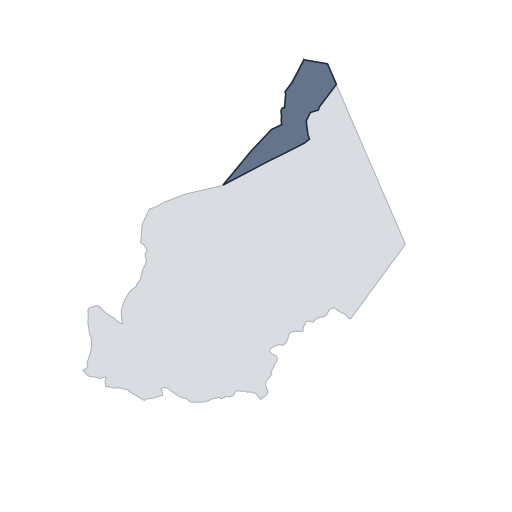 Tibesti Ouest, Tibesti, Chad shown in context, rotated 37°
{"feature_id": "50815135B44379234996248", "entity_name": "Tibesti Ouest", "entity_type": "district", "adm_level": 2, "iso_a3": "TCD", "parent_name": "Chad", "parent_adm1": "Tibesti", "projection": "robinson", "projection_center": [15.609, 20.194], "detail": "fine", "context": "in_parent", "style": "filled", "palette": "slate", "viewbox_px": 512, "rotation_deg": 37, "n_neighbors": 0, "source": "geoboundaries", "source_scale": "gbopen_adm2", "svg_char_len": 6574}
<svg xmlns="http://www.w3.org/2000/svg" viewBox="0 0 512 512"><g transform="rotate(37 256 256)"><path d="M368.2,156.6L368.4,167.6L368.5,178.6L368.6,189.5L368.8,200.5L368.9,211.5L369.0,222.5L369.2,233.5L369.3,244.5L369.4,248.1L369.1,249.6L369.0,249.8L368.6,250.0L363.4,249.0L361.2,249.0L358.1,249.8L353.5,250.2L350.5,250.0L348.4,251.9L346.8,254.2L347.7,259.7L347.5,261.5L346.9,263.3L345.5,265.0L344.1,266.2L343.3,267.4L342.3,269.8L341.5,271.0L341.6,272.5L341.4,274.2L340.5,275.0L338.4,275.6L337.0,276.4L335.9,277.6L335.2,278.4L335.6,279.5L336.1,281.1L336.4,283.5L336.7,285.0L337.7,286.1L338.4,287.0L338.6,288.0L338.0,288.8L335.4,290.6L334.3,291.3L333.1,292.2L332.7,292.5L330.8,294.2L329.8,295.7L329.3,296.9L329.4,298.6L330.4,301.2L331.4,303.3L331.9,305.0L332.1,306.8L332.0,308.5L331.5,310.0L330.5,311.3L326.9,313.8L325.2,316.6L323.8,319.9L323.4,321.8L323.8,323.0L324.6,324.0L325.7,324.5L327.2,324.7L329.8,324.1L332.2,323.7L334.8,325.0L336.2,327.8L335.7,329.8L336.7,333.5L337.6,338.0L337.5,339.6L337.9,340.1L339.5,340.4L339.9,341.5L339.4,349.4L340.2,351.6L341.2,353.1L342.5,354.0L343.7,355.0L344.3,355.8L345.8,355.9L347.4,357.4L347.8,359.3L347.7,361.1L346.8,365.1L346.1,367.8L345.2,367.6L343.3,367.0L341.0,366.4L338.1,365.9L335.5,367.0L332.6,368.5L331.7,369.5L330.9,370.1L329.6,370.0L328.4,370.2L327.8,371.2L326.7,372.3L322.6,374.6L321.7,375.5L321.2,376.3L321.2,377.2L321.6,379.1L321.6,381.5L320.7,383.3L319.6,384.6L318.4,385.1L317.4,385.4L316.7,386.2L314.5,390.4L313.6,391.2L311.7,391.1L306.2,397.5L305.6,399.4L303.6,402.1L301.1,405.1L298.8,406.6L298.6,407.1L298.0,407.7L296.6,408.3L291.8,412.0L285.9,411.8L283.4,413.3L280.8,413.9L277.2,414.6L276.1,414.5L271.4,414.8L265.8,414.7L263.7,415.2L261.7,416.6L260.3,417.8L260.1,418.2L260.3,418.7L260.2,419.1L264.1,422.1L265.1,423.6L264.1,425.0L263.6,425.2L263.6,425.3L262.9,426.4L260.7,429.8L257.3,433.7L255.5,434.9L254.8,435.6L253.9,438.2L253.3,438.6L250.9,438.9L246.2,439.2L239.8,440.1L235.9,440.4L233.5,440.1L230.1,442.0L228.8,442.4L228.1,442.6L224.7,444.3L221.9,447.1L220.9,447.6L217.0,448.8L215.4,450.6L214.7,450.8L212.2,448.3L210.5,446.1L209.6,443.8L209.5,443.0L209.0,443.2L207.7,444.2L206.5,445.3L205.9,447.5L201.8,449.0L198.4,450.3L196.8,451.9L194.3,452.7L191.2,452.3L188.8,451.7L186.4,451.5L187.6,449.5L188.0,448.0L188.1,446.2L187.9,445.0L186.5,444.3L185.6,443.4L183.6,437.7L181.5,431.8L178.5,426.0L175.3,422.3L173.0,420.1L172.2,419.8L171.1,419.1L170.2,418.4L166.0,414.5L161.5,410.1L160.4,408.1L158.2,405.1L155.7,402.0L154.5,400.6L153.9,398.1L155.6,395.8L157.4,392.9L159.6,391.0L162.5,390.8L167.3,391.6L172.5,391.9L177.6,391.3L178.9,390.9L180.2,390.9L183.0,391.6L187.7,391.5L190.2,390.3L187.5,388.3L184.7,385.1L182.0,381.7L180.4,378.5L178.9,374.5L177.5,369.5L176.7,363.1L176.8,359.4L177.2,356.8L178.7,352.5L177.7,350.0L177.9,348.0L177.8,345.0L177.3,343.5L175.5,338.6L175.1,338.0L173.5,334.6L172.8,328.9L170.9,325.1L167.9,323.2L166.2,321.0L165.6,317.1L164.4,316.1L159.8,314.7L155.9,314.7L153.0,310.2L149.4,304.5L146.0,299.2L143.9,288.7L142.6,282.6L144.1,280.7L146.8,276.4L150.4,268.2L158.4,255.4L162.5,248.9L170.7,239.1L180.7,227.1L186.3,220.3L187.2,208.0L188.2,195.0L188.9,185.1L189.8,173.5L190.6,163.7L191.1,156.6L191.9,146.6L192.6,144.6L196.5,136.7L196.8,135.7L196.1,134.3L190.5,127.6L188.7,126.1L187.7,122.6L189.2,120.7L182.5,109.4L180.8,108.1L180.1,106.7L180.0,104.6L179.9,96.9L178.1,84.6L175.8,70.4L183.7,66.3L189.6,63.3L197.2,59.3L204.2,63.4L214.4,69.2L224.6,75.0L234.8,80.8L245.0,86.7L255.2,92.5L265.5,98.3L275.7,104.2L285.9,110.0L296.2,115.8L306.5,121.6L316.7,127.5L327.0,133.3L337.3,139.1L347.6,144.9L357.9,150.8L368.2,156.6Z" fill="#d9dde1" stroke="#a8b0b8" stroke-width="1"/><path d="M216.9,70.5L197.5,59.5L176.3,70.4L176.2,70.4L176.3,70.5L176.4,71.2L176.4,71.3L176.5,72.1L176.7,73.3L176.8,73.7L176.9,74.1L177.0,75.2L177.2,76.3L177.3,77.0L177.7,79.4L178.0,80.9L178.3,82.5L178.7,85.0L178.8,85.5L178.9,85.8L178.9,86.1L179.2,87.8L179.3,88.6L179.3,88.8L179.4,89.1L179.4,89.7L179.8,91.6L180.0,93.4L180.1,93.5L180.2,94.4L180.3,94.7L180.3,95.2L180.3,95.5L180.3,95.9L180.4,97.8L180.4,98.3L180.4,98.7L180.4,99.9L180.4,100.3L180.4,100.6L180.4,100.9L180.4,104.0L180.4,106.5L180.4,106.9L180.4,107.1L180.5,107.4L180.5,107.5L182.0,108.6L182.4,108.9L182.5,109.1L182.7,109.4L183.1,110.1L183.3,110.4L183.5,110.8L183.8,111.2L183.8,111.3L184.1,111.7L184.8,112.9L185.0,113.2L185.2,113.6L185.7,114.3L185.9,114.7L186.1,115.0L186.3,115.3L186.5,115.6L186.9,116.2L187.3,116.8L188.9,119.4L189.6,120.5L189.4,120.6L189.0,121.0L188.9,121.0L188.5,121.4L188.3,121.6L188.2,121.8L188.0,122.1L187.9,122.5L187.9,122.8L188.0,123.1L188.1,123.3L188.3,124.0L188.6,124.5L188.8,125.1L189.3,125.8L189.9,126.4L190.4,126.8L191.1,127.4L191.7,128.2L192.1,128.7L192.4,129.1L192.5,129.3L192.7,129.5L193.1,130.2L193.6,131.0L194.0,131.6L194.1,131.8L194.6,132.6L194.7,132.8L195.2,133.3L195.8,133.9L195.9,134.0L197.2,135.3L197.3,135.4L197.5,135.6L197.4,135.8L197.2,136.2L195.8,138.9L195.7,139.1L195.3,139.8L194.1,142.2L194.0,142.3L193.9,142.5L193.0,144.2L192.4,145.2L192.4,145.4L192.3,145.5L192.2,146.1L192.1,146.4L192.1,146.5L192.0,148.0L191.9,148.6L191.8,149.5L191.8,149.8L191.7,149.9L191.7,150.0L191.7,150.5L191.6,151.3L191.6,151.8L191.5,152.0L191.5,152.4L191.4,152.6L191.4,152.8L191.3,153.6L191.3,154.3L191.2,155.3L191.1,155.6L191.1,155.9L191.1,156.1L190.9,157.0L190.9,157.4L190.7,159.0L190.7,159.3L190.7,159.7L190.6,159.9L190.6,160.0L190.6,160.5L190.5,160.9L190.3,163.3L190.2,163.6L190.2,164.1L190.2,164.3L190.1,164.8L189.9,166.5L189.9,166.9L189.8,167.1L189.8,167.8L189.7,168.0L189.6,169.6L189.3,171.5L189.3,171.8L189.3,172.1L189.2,172.8L189.1,173.8L189.0,174.4L189.0,174.5L189.0,174.9L188.9,175.2L188.9,175.4L188.9,175.9L188.8,177.7L188.7,178.3L188.8,178.4L188.8,178.8L188.7,179.0L188.7,179.7L188.7,180.8L188.6,181.4L188.6,182.1L188.5,185.2L188.5,185.6L188.4,186.2L188.4,188.2L188.4,188.3L188.3,189.8L188.2,191.3L188.1,193.3L188.1,194.5L188.1,195.3L188.0,195.6L188.0,196.3L188.0,197.0L188.0,197.3L188.0,197.6L187.9,198.4L187.9,199.2L187.8,200.4L187.8,200.5L187.8,201.1L187.7,203.1L187.7,203.3L187.7,203.8L187.6,206.9L187.5,208.6L187.4,210.0L187.4,210.4L187.4,210.9L187.3,211.7L187.3,212.1L187.3,212.3L187.3,213.1L187.3,213.5L187.3,213.8L187.3,214.1L187.2,214.6L187.2,215.6L187.2,215.9L187.2,216.2L187.1,217.0L187.1,217.4L187.1,217.8L187.1,218.1L187.1,218.4L187.1,218.6L187.1,218.9L187.0,219.3L187.3,218.7L208.7,173.2L216.8,157.2L226.9,136.4L227.0,135.4L227.1,135.2L227.5,133.7L228.4,130.4L224.3,127.7L219.3,122.5L214.8,117.8L213.2,109.1L213.0,108.8L218.0,101.9L216.9,98.9L216.9,90.6L216.9,70.5Z" fill="#64748b" stroke="#1e293b" stroke-width="1.5"/></g></svg>